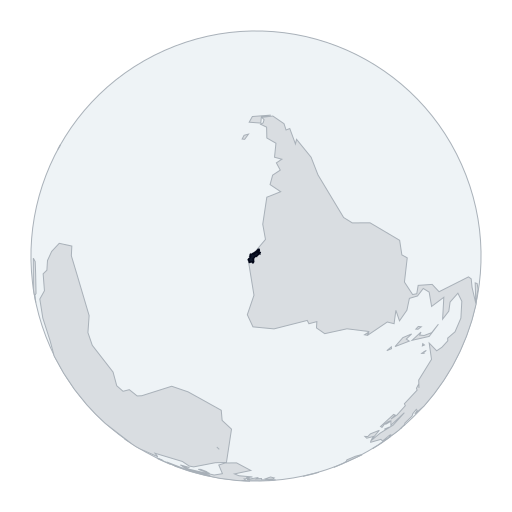 globe centered on Rio de Janeiro, rotated 156°
{"feature_id": "BRA-627", "entity_name": "Rio de Janeiro", "entity_type": "State", "adm_level": 1, "iso_a3": "BRA", "parent_name": "Brazil", "parent_adm1": "", "projection": "orthographic", "projection_center": [-43.333, -22.065], "detail": "fine", "context": "on_globe", "style": "filled", "palette": "ink", "viewbox_px": 512, "rotation_deg": 156, "n_neighbors": 0, "source": "natural_earth", "source_scale": "10m", "svg_char_len": 7461}
<svg xmlns="http://www.w3.org/2000/svg" viewBox="0 0 512 512"><g transform="rotate(156 256 256)"><circle cx="256" cy="256" r="225" fill="#eef3f6" stroke="#a8b0b8"/><path d="M164.3,50.2L163.7,50.5L175.1,47.1L171.6,49.2L171.9,50.7L176.9,48.2L178.5,46.3L188.0,42.8L188.8,41.6L192.7,40.2L196.3,38.8L203.1,37.2L207.8,36.6L205.2,37.9L207.1,37.9L215.6,35.5L216.5,37.7L227.0,39.2L226.4,40.4L214.6,43.7L199.5,45.7L184.2,52.5L201.6,46.5L199.8,50.6L202.6,50.9L207.1,50.1L210.6,48.2L211.6,49.6L194.7,55.3L193.6,54.1L199.0,52.1L191.9,53.4L180.5,58.5L180.5,60.7L163.4,67.9L163.2,69.9L159.3,73.0L160.8,69.2L157.8,76.5L137.7,90.2L133.2,106.0L129.5,95.9L123.3,97.0L115.3,100.5L114.3,103.0L105.0,105.8L94.1,115.9L86.4,130.9L86.7,139.9L97.4,135.0L102.3,127.2L111.2,122.4L101.2,141.9L116.1,138.5L112.5,152.6L116.4,158.3L124.7,153.8L133.1,154.9L140.2,145.1L151.3,138.4L150.3,149.5L157.4,138.0L162.9,142.3L185.6,138.3L183.6,141.1L202.5,152.5L224.8,157.1L230.0,165.7L227.1,171.3L235.2,172.6L235.4,176.3L269.2,182.1L287.6,192.5L287.8,205.9L273.8,221.0L264.7,255.6L240.6,267.3L236.9,282.3L222.2,305.3L207.3,304.7L214.1,315.5L207.9,323.1L198.9,324.6L199.5,332.8L193.0,333.9L198.9,338.7L191.9,350.9L198.1,359.4L193.9,369.4L198.2,374.4L195.3,374.7L193.2,377.2L194.3,380.3L183.7,377.0L176.6,365.5L177.3,358.9L173.3,358.7L174.4,342.3L171.5,346.1L165.5,323.8L166.4,304.9L160.3,255.5L154.6,247.1L138.3,239.9L118.4,211.9L122.3,197.7L118.6,192.8L131.0,171.8L128.6,157.1L124.5,156.1L119.8,163.2L106.6,158.4L103.3,148.9L70.4,150.5L68.7,147.6L71.4,139.4L74.5,123.1L66.7,142.3L65.2,140.9L66.6,135.4L69.1,131.8L74.5,122.6L74.6,122.4L84.9,109.4L96.2,97.2L108.4,85.8L121.3,75.4L135.0,66.0L149.3,57.6L164.3,50.2ZM130.5,112.1L147.7,115.5L136.2,119.4L138.7,117.2L134.7,115.0L126.7,114.5L117.1,119.5L130.5,112.1ZM141.9,100.2L138.8,100.5L142.1,99.5L141.9,100.2ZM192.3,39.9L194.3,39.4L192.6,39.9L192.3,39.9ZM189.2,40.9L188.7,41.0L189.2,40.9ZM202.6,384.9L185.2,378.7L194.4,381.1L197.6,375.5L207.8,381.0L202.6,384.9ZM213.3,370.4L218.9,367.2L221.1,368.5L217.8,371.1L213.3,370.4ZM428.2,110.7L426.8,109.2L418.9,100.4L419.0,100.5L428.2,110.7ZM415.9,97.3L413.0,94.8L420.6,102.7L421.4,104.2L408.8,91.5L405.7,88.3L387.1,73.9L390.0,76.7L407.7,90.8L404.8,88.6L408.9,93.6L403.4,88.1L383.3,72.9L375.2,70.8L375.0,80.2L368.2,79.4L357.9,74.9L348.0,62.2L364.3,65.7L361.0,62.2L349.1,55.6L355.1,57.5L352.2,55.6L357.5,57.2L356.6,55.1L360.7,56.8L353.1,52.7L357.0,54.6L358.0,55.1L363.5,58.0L365.3,59.0L378.9,67.2L391.9,76.4L404.3,86.4L415.9,97.3ZM449.9,141.3L450.6,142.6L445.4,134.0L461.8,164.4L466.8,176.6L471.1,189.0L476.1,207.9L479.4,227.2L481.1,246.7L478.6,262.1L476.0,286.0L471.0,304.6L463.4,310.3L457.7,326.3L452.8,328.1L448.3,336.7L440.8,343.3L430.6,347.6L420.2,340.0L424.6,331.3L427.1,311.8L432.7,269.4L440.7,254.4L441.9,241.0L433.8,208.1L436.0,194.1L432.5,186.5L426.1,185.4L421.5,176.5L417.2,174.8L386.0,171.3L373.3,159.5L350.5,129.2L353.8,119.6L348.8,107.8L367.0,79.4L377.2,83.7L398.7,88.7L402.5,91.3L406.8,98.2L428.5,116.9L427.4,112.6L440.2,126.7L443.4,130.9L449.9,141.3ZM368.2,94.3L369.5,97.4L368.2,94.3ZM186.3,138.1L188.9,139.9L185.2,140.5L186.3,138.1ZM133.8,124.1L137.8,123.2L139.7,124.2L136.4,125.6L133.8,124.1ZM169.9,116.2L175.0,116.3L169.3,118.0L169.9,116.2ZM150.6,115.9L165.8,116.7L155.0,121.7L145.5,121.5L152.5,119.0L150.6,115.9ZM138.3,106.2L140.6,106.2L139.3,108.1L138.3,106.2ZM144.3,99.6L143.3,100.0L142.5,98.9L144.3,99.6ZM200.8,50.3L202.2,49.9L206.3,49.5L203.6,50.5L200.8,50.3ZM228.9,44.5L229.9,46.9L227.3,45.6L223.8,47.0L214.2,46.6L225.6,41.0L222.2,43.4L228.9,44.5ZM204.4,45.3L209.3,45.6L203.5,45.5L204.4,45.3ZM331.3,45.4L335.8,47.1L337.9,48.6L332.6,48.2L329.6,45.8L331.3,45.4ZM341.8,49.2L329.1,43.6L331.9,44.1L332.5,44.7L335.6,45.6L337.4,46.8L352.5,53.6L355.2,55.5L344.0,52.7L346.1,52.3L341.5,50.5L341.8,49.2ZM302.7,35.6L298.0,34.8L290.7,33.6L291.8,33.7L286.3,32.8L292.8,33.7L302.7,35.6ZM227.9,32.5L222.5,33.3L218.8,33.8L227.9,32.5ZM218.2,33.9L219.3,34.0L213.2,35.0L214.9,35.1L205.9,36.4L218.2,33.9ZM270.8,31.2L261.7,31.0L256.9,31.7L255.9,32.8L246.6,32.6L241.6,31.8L239.9,31.3L240.8,31.2L270.8,31.2ZM402.8,89.8L404.9,91.1L407.5,92.4L410.1,95.9L402.8,89.8ZM389.1,79.4L390.5,79.7L395.5,84.6L393.2,83.5L389.1,79.4ZM387.1,76.1L390.2,79.4L387.2,76.9L387.1,76.1ZM424.4,107.3L428.8,112.0L425.1,108.3L424.4,107.3ZM393.8,433.9L389.5,437.2L390.8,435.9L393.8,433.9ZM472.9,316.3L460.3,344.6L460.0,340.7L464.4,329.7L472.2,311.2L474.0,310.1L476.1,303.2L472.9,316.3Z" fill="#d9dde1" stroke="#a8b0b8" stroke-width="1"/><path d="M264.7,253.0L264.7,253.3L264.5,253.6L264.4,253.7L264.3,253.9L264.3,254.1L264.5,254.3L264.4,254.7L264.5,255.1L264.6,255.6L264.6,255.8L264.0,256.2L263.6,256.4L262.8,256.6L262.5,256.7L262.1,256.9L261.8,257.1L261.7,257.2L261.6,257.3L261.4,257.4L261.4,257.5L261.2,257.7L261.2,257.8L260.9,258.0L260.8,258.4L260.9,258.5L261.1,258.8L261.2,258.7L261.3,258.7L261.2,258.8L261.0,259.0L260.9,259.0L260.7,259.3L260.7,259.5L260.8,259.4L260.8,259.5L260.7,259.6L260.2,259.5L259.5,259.4L258.9,259.4L258.6,259.4L258.4,259.5L258.0,259.6L257.7,259.6L257.1,259.6L256.9,259.5L256.7,259.4L256.8,259.4L256.7,259.3L256.7,259.2L256.8,259.1L256.9,258.9L257.1,258.8L257.0,258.7L257.1,258.4L256.9,258.4L256.8,258.5L256.7,258.5L256.4,258.6L256.2,258.7L256.2,258.8L256.3,259.1L256.5,259.1L256.4,259.1L256.6,259.3L256.7,259.5L256.4,259.7L255.6,259.7L255.4,259.8L255.2,259.9L254.1,260.0L253.8,260.0L253.7,260.0L253.6,259.9L253.8,259.8L254.0,259.8L254.5,259.9L254.8,259.8L255.0,259.7L254.9,259.7L254.7,259.6L254.5,259.4L254.3,259.4L254.2,259.3L253.9,259.3L253.7,259.4L253.5,259.6L253.4,259.6L253.4,259.4L253.3,259.6L253.2,259.8L252.9,259.9L252.7,259.9L252.7,259.7L252.4,259.7L252.5,259.6L252.4,259.5L252.4,259.4L252.2,259.5L252.1,259.4L252.1,259.5L251.9,259.7L251.8,259.8L251.7,259.8L251.4,259.9L251.2,259.9L251.1,260.1L251.0,260.4L251.0,260.5L251.3,260.4L251.3,260.5L251.2,260.6L251.3,260.6L251.2,260.7L251.2,260.8L251.4,260.7L251.5,260.6L251.7,260.8L251.8,260.9L251.7,260.8L251.6,261.0L251.4,261.1L251.2,261.0L250.8,261.0L250.8,260.9L250.7,260.9L250.5,260.6L250.5,260.4L250.7,260.2L250.7,259.8L250.7,259.7L250.8,259.6L251.0,259.4L251.4,259.3L251.5,259.2L251.9,259.1L252.0,259.2L252.5,259.0L252.6,258.9L252.7,258.7L252.8,258.6L253.0,258.5L253.0,258.4L252.9,258.2L252.7,258.1L252.3,258.1L252.2,258.1L251.8,258.2L251.7,258.2L251.4,258.2L251.2,258.0L251.2,257.9L251.0,257.7L250.9,257.5L250.7,257.4L250.8,257.2L251.0,257.2L251.3,257.1L251.5,257.0L252.0,256.8L252.0,256.7L252.1,256.8L252.5,256.7L252.6,256.8L253.1,256.6L253.2,256.4L253.3,256.4L253.8,256.2L254.0,256.2L254.4,256.0L254.5,256.0L254.8,256.0L255.0,256.0L255.1,255.9L255.1,256.0L255.4,256.0L255.5,256.0L255.9,255.8L256.0,255.8L256.3,255.8L256.6,255.8L256.7,256.0L256.8,256.1L257.0,256.0L257.1,255.8L257.4,255.8L257.5,255.7L258.1,255.4L258.4,255.2L258.8,255.1L259.2,254.9L259.4,254.8L259.5,254.7L259.8,254.7L259.9,254.4L259.7,254.4L259.5,254.2L259.8,253.7L259.8,253.4L260.1,253.2L260.1,252.9L260.2,252.6L260.2,252.4L260.4,252.2L260.5,251.9L260.4,251.8L260.4,251.7L260.5,251.6L260.8,251.5L261.0,251.5L261.2,251.2L261.3,251.0L261.6,251.0L261.8,251.1L261.9,251.3L261.9,251.6L261.9,251.8L261.9,252.0L261.9,252.3L262.0,252.3L262.3,252.4L262.5,252.5L262.9,252.6L263.0,252.7L263.4,252.7L263.5,252.7L263.6,252.8L263.9,252.8L264.2,252.7L264.3,252.7L264.4,252.8L264.6,252.8L264.7,253.0ZM253.2,260.2L253.3,260.3L253.2,260.4L252.9,260.4L252.7,260.4L252.4,260.6L252.4,260.4L252.5,260.1L252.8,260.0L253.0,260.1L253.2,260.2Z" fill="#0f172a" stroke="#020617" stroke-width="1.5"/></g></svg>